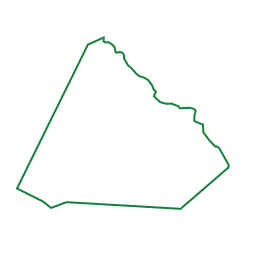 the district of Stephens, Georgia, United States of America, rotated 6°
{"feature_id": "52423323B73153598603118", "entity_name": "Stephens", "entity_type": "district", "adm_level": 2, "iso_a3": "USA", "parent_name": "United States of America", "parent_adm1": "Georgia", "projection": "equal_earth", "projection_center": [-83.254, 34.574], "detail": "fine", "context": "isolated", "style": "outline", "palette": "green", "viewbox_px": 256, "rotation_deg": 6, "n_neighbors": 0, "source": "geoboundaries", "source_scale": "gbopen_adm2", "svg_char_len": 771}
<svg xmlns="http://www.w3.org/2000/svg" viewBox="0 0 256 256"><g transform="rotate(6 128 128)"><path d="M59.8,215.5L74.6,208.2L188.7,202.9L232.1,156.7L231.8,154.0L220.8,138.5L218.3,137.1L216.8,137.3L210.8,132.4L203.4,124.5L202.2,116.8L194.2,114.6L193.1,113.5L192.7,108.6L193.2,106.1L193.5,104.7L193.2,103.4L191.2,102.1L187.7,101.4L177.5,103.0L175.8,101.1L168.9,99.2L163.2,99.9L157.2,98.9L150.4,93.7L152.0,88.8L152.0,88.7L149.7,87.3L147.5,83.1L143.4,78.5L139.3,76.4L133.7,75.2L130.2,72.9L125.2,68.2L121.5,65.7L116.8,59.3L116.5,56.1L114.6,53.8L112.1,53.2L108.9,54.3L107.8,54.0L106.5,49.8L106.0,48.8L104.8,47.6L102.5,46.1L99.6,44.7L96.2,45.3L94.7,44.2L94.5,42.8L94.4,40.5L79.4,49.3L23.9,199.8L50.9,209.9L59.8,215.5Z" fill="none" stroke="#15803d" stroke-width="2"/></g></svg>